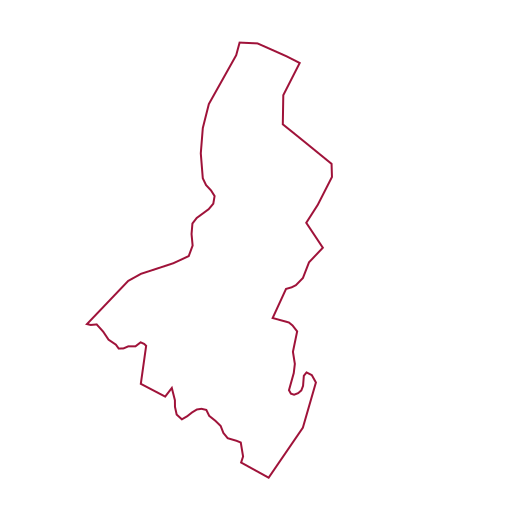 map outline of Apes (Robinson projection), rotated 297°
{"feature_id": "LVA-5782", "entity_name": "Apes", "entity_type": "Municipality", "adm_level": 1, "iso_a3": "LVA", "parent_name": "Latvia", "parent_adm1": "", "projection": "robinson", "projection_center": [26.461, 57.451], "detail": "fine", "context": "isolated", "style": "outline", "palette": "rose", "viewbox_px": 512, "rotation_deg": 297, "n_neighbors": 0, "source": "natural_earth", "source_scale": "10m", "svg_char_len": 1225}
<svg xmlns="http://www.w3.org/2000/svg" viewBox="0 0 512 512"><g transform="rotate(297 256 256)"><path d="M175.7,153.4L175.9,153.5L187.9,161.6L212.0,185.6L225.4,196.1L236.5,194.8L246.3,188.6L256.1,184.6L263.0,185.9L276.3,192.6L283.2,194.2L290.6,191.9L294.0,186.2L296.5,179.3L301.1,173.3L322.4,160.2L345.9,150.5L370.0,145.0L425.9,147.2L438.7,144.5L446.1,160.8L447.8,192.5L447.8,207.3L411.7,207.3L385.5,220.1L380.6,243.4L372.4,281.5L360.9,287.8L329.7,287.8L308.4,285.7L293.7,311.8L274.5,306.1L257.7,307.8L248.1,304.8L244.3,302.0L240.3,297.7L208.3,299.0L211.7,315.5L210.7,320.1L207.5,326.9L187.4,332.4L177.5,339.6L168.8,342.8L151.4,346.3L149.2,349.6L149.7,352.9L152.9,355.8L156.8,357.4L161.6,356.9L171.0,353.0L175.2,353.9L175.2,359.8L170.5,366.8L124.3,375.7L64.2,367.9L65.2,336.5L71.5,335.5L82.9,327.1L82.5,322.5L80.8,313.5L83.5,307.3L88.5,301.7L90.7,294.7L92.3,286.9L96.3,281.6L95.1,276.8L92.4,273.0L87.7,270.1L82.1,267.5L76.8,264.1L78.7,257.3L84.8,252.3L90.7,249.2L100.2,240.9L89.5,238.9L89.8,211.4L126.1,198.9L126.9,196.3L126.7,192.4L120.8,189.6L117.5,183.2L113.5,179.9L111.2,175.7L113.4,171.4L114.5,162.6L119.2,154.2L122.7,145.1L119.5,140.0L118.6,136.3L175.7,153.4Z" fill="none" stroke="#9f1239" stroke-width="2"/></g></svg>